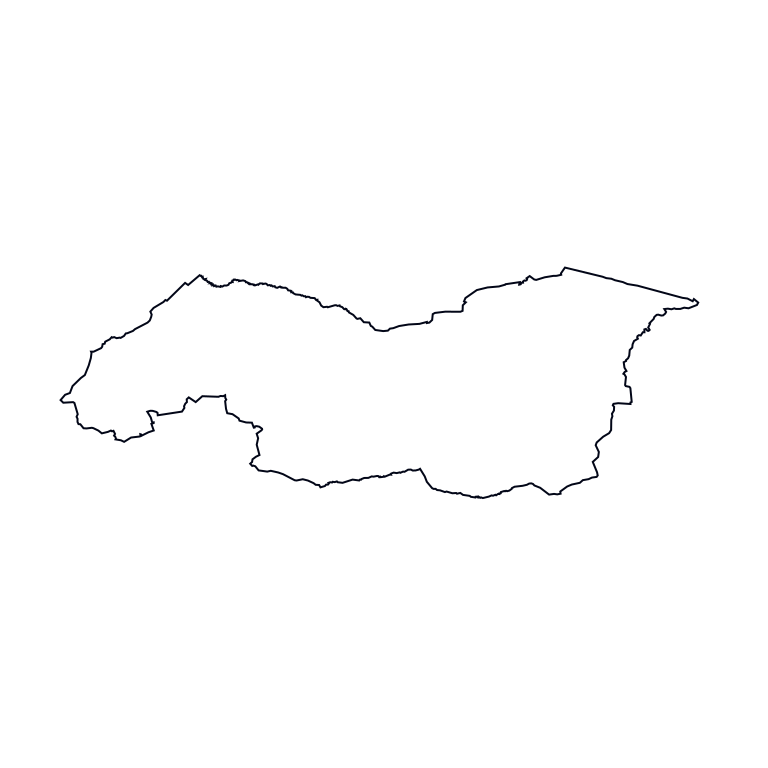 outline of Kilosa, Morogoro, United Republic of Tanzania, rotated 262°
{"feature_id": "72390352B53131574128845", "entity_name": "Kilosa", "entity_type": "district", "adm_level": 2, "iso_a3": "TZA", "parent_name": "United Republic of Tanzania", "parent_adm1": "Morogoro", "projection": "equal_earth", "projection_center": [37.018, -6.957], "detail": "fine", "context": "isolated", "style": "outline", "palette": "ink", "viewbox_px": 768, "rotation_deg": 262, "n_neighbors": 0, "source": "geoboundaries", "source_scale": "gbopen_adm2", "svg_char_len": 6141}
<svg xmlns="http://www.w3.org/2000/svg" viewBox="0 0 768 768"><g transform="rotate(262 384 384)"><path d="M251.5,532.1L251.5,537.1L250.6,540.2L250.8,543.6L253.0,543.6L257.0,551.1L258.3,556.0L258.9,564.2L261.1,567.5L261.3,573.4L262.4,576.9L262.4,581.6L263.7,582.9L266.9,582.7L277.8,579.9L281.9,585.9L286.8,587.3L293.9,585.1L296.5,586.5L301.3,593.7L304.0,600.1L306.8,602.5L317.1,604.1L320.3,605.7L322.8,605.6L325.7,608.0L329.4,608.7L331.1,607.6L332.4,608.5L332.4,613.2L329.9,625.3L331.4,625.5L331.8,626.8L345.6,627.4L347.0,626.7L348.3,623.1L349.4,622.6L357.3,624.6L360.0,623.5L360.8,622.5L362.4,624.0L363.1,625.9L366.7,624.4L372.2,624.4L373.1,626.9L374.0,627.0L375.5,629.3L378.0,630.8L383.5,632.1L385.5,634.9L388.7,635.7L391.8,637.6L393.5,641.7L395.1,641.2L396.2,641.8L396.9,643.3L396.3,645.0L399.2,647.5L399.0,649.1L401.8,649.4L402.1,651.0L400.1,652.3L399.8,653.0L400.2,654.2L400.6,654.6L403.2,653.5L406.5,655.8L407.2,655.3L410.9,660.1L412.7,661.0L414.5,663.6L414.5,665.2L413.2,668.1L413.1,669.9L414.6,672.3L416.1,673.4L419.2,672.0L419.1,675.6L418.0,679.1L418.5,682.0L417.7,683.5L417.1,687.8L417.8,691.9L416.6,696.1L418.7,704.9L420.9,706.5L425.0,702.7L423.0,701.2L426.4,696.4L427.8,691.5L446.1,648.7L449.1,639.0L451.7,634.7L454.6,627.2L456.6,623.8L457.9,618.9L459.8,615.4L474.1,579.4L468.9,574.6L467.5,574.7L467.1,570.0L467.5,566.7L467.3,558.0L465.9,549.2L466.6,547.3L470.6,543.3L468.9,539.9L468.1,540.4L466.9,539.7L466.6,538.4L467.0,537.4L466.1,535.8L465.0,535.8L465.1,533.8L463.8,533.3L463.6,532.4L463.6,531.7L466.0,532.6L465.9,518.2L465.5,517.9L464.6,511.4L465.2,500.0L464.1,489.0L457.8,476.6L454.6,474.7L453.5,476.4L451.0,473.0L445.5,472.0L444.9,469.7L447.1,454.8L447.3,444.3L446.4,442.0L440.7,440.6L438.5,437.5L438.4,435.0L439.5,435.1L438.6,427.5L439.5,416.7L439.3,407.0L438.0,400.9L438.0,397.6L436.3,395.3L436.5,390.6L438.7,382.9L442.4,380.4L443.4,379.0L446.9,378.0L448.0,372.6L452.4,369.7L452.2,366.7L452.7,365.9L456.7,363.2L459.8,359.2L461.0,359.1L461.3,358.0L463.5,357.2L463.9,356.4L463.4,355.9L463.7,354.9L465.9,353.4L467.1,351.2L468.0,351.0L467.8,348.9L468.7,347.5L468.8,346.1L467.8,339.0L468.4,338.4L468.5,334.7L470.4,332.7L473.9,331.5L475.9,329.4L476.7,329.7L476.8,328.3L478.7,327.3L479.6,323.1L480.7,321.9L481.1,320.1L480.8,318.8L481.9,318.3L482.0,316.9L483.2,315.4L483.0,314.5L483.9,313.6L485.0,308.9L486.6,306.7L487.3,306.6L487.7,305.4L488.4,305.3L488.1,304.8L489.4,304.5L490.1,302.1L491.7,301.5L493.0,300.0L493.4,297.1L494.1,296.2L493.8,295.6L495.0,294.6L494.1,291.6L494.9,289.8L496.1,289.4L496.1,287.3L497.3,286.4L497.0,285.5L497.9,284.7L497.9,282.6L499.5,281.6L500.0,280.4L499.8,278.0L500.4,277.8L500.9,275.1L499.8,273.4L500.2,273.1L499.6,269.9L500.3,269.5L500.1,268.6L501.0,268.1L501.5,264.5L502.4,263.7L502.6,264.4L504.0,262.2L504.0,261.4L505.2,261.0L506.2,258.9L506.1,255.5L506.4,255.8L507.5,253.1L507.3,252.4L508.2,251.1L508.3,249.8L507.8,249.7L507.5,248.2L506.0,248.3L506.2,247.3L505.6,246.7L505.3,244.8L503.9,243.8L503.4,241.9L503.8,239.4L503.0,237.6L503.7,236.0L502.9,235.6L503.8,233.1L503.7,231.5L505.0,231.0L504.6,229.3L505.6,229.1L505.6,227.7L506.7,228.1L506.8,226.8L507.9,227.1L508.0,226.0L508.5,226.8L508.2,225.5L509.6,224.8L509.6,223.6L511.0,223.0L511.9,221.3L512.8,222.0L512.7,220.6L513.4,219.6L515.4,219.4L515.1,218.7L516.6,218.1L516.6,217.4L517.4,216.6L509.3,203.8L511.8,201.1L496.7,180.7L497.6,179.2L495.9,177.0L491.4,166.4L488.2,162.7L485.1,163.6L482.9,162.8L479.5,160.9L477.7,158.4L473.0,145.1L471.5,142.8L470.0,136.9L470.0,135.3L467.8,133.3L466.3,129.6L466.7,128.7L466.6,125.6L468.0,123.3L467.7,121.7L468.3,120.9L466.4,118.6L464.7,113.8L462.8,113.0L462.6,110.9L460.1,110.1L458.9,108.9L456.4,100.9L456.8,98.4L455.6,98.7L450.5,97.3L443.5,94.2L434.5,89.0L432.1,84.6L425.3,75.3L418.8,71.7L417.7,66.7L413.1,61.5L410.1,63.8L409.3,73.6L408.3,74.8L396.7,76.5L394.3,75.0L392.2,75.7L389.1,75.2L386.8,75.9L386.4,77.7L382.0,80.3L381.4,83.2L381.3,88.6L380.7,90.1L377.6,94.7L374.4,97.7L375.0,103.9L375.9,107.1L375.0,108.1L375.3,109.6L372.0,110.7L370.4,109.5L369.3,110.5L367.1,111.0L366.5,110.5L364.9,115.6L362.9,118.6L366.2,126.1L366.0,134.4L366.2,135.6L368.2,135.7L367.8,136.5L366.5,136.6L369.0,144.1L370.0,149.5L376.9,148.1L377.4,150.5L378.1,150.6L378.2,149.1L383.3,148.4L389.5,145.7L390.0,148.8L389.6,151.2L388.0,154.7L387.0,155.7L384.5,155.6L384.8,180.1L388.1,183.0L389.8,182.9L392.2,184.5L393.5,186.3L396.3,186.5L397.9,188.8L392.3,195.0L397.2,202.4L394.4,218.2L394.9,220.5L394.3,223.1L395.0,225.1L392.3,224.9L390.5,225.6L389.1,224.3L381.4,224.1L376.9,224.7L375.2,229.8L370.1,235.3L367.8,235.8L365.1,242.1L364.1,247.8L358.9,249.0L358.9,249.9L360.0,250.5L360.0,252.0L359.1,254.5L356.7,257.0L355.9,257.0L355.1,256.1L352.5,251.0L347.8,251.8L341.6,249.5L331.0,250.8L329.8,247.1L327.7,243.3L325.1,242.5L323.7,240.4L321.2,242.1L321.4,243.1L320.4,245.1L315.9,247.8L313.5,256.2L313.8,259.8L311.1,266.9L308.8,271.4L301.1,282.2L300.6,284.0L301.0,290.3L299.0,295.2L295.6,300.5L293.7,302.3L293.0,305.7L290.5,306.7L291.2,311.3L292.4,312.6L292.2,314.6L293.1,315.5L293.8,315.2L294.2,317.0L293.7,318.9L294.3,319.5L293.7,321.6L294.1,323.8L293.2,324.4L291.9,329.2L293.7,339.6L291.9,346.0L292.6,346.7L292.5,348.1L293.0,348.4L293.7,351.3L293.2,355.5L294.2,358.9L293.7,360.8L293.9,364.3L293.6,365.5L292.4,366.3L292.9,367.2L292.2,367.7L292.2,370.7L292.7,371.1L292.1,371.8L293.5,377.3L293.3,378.1L293.8,377.9L294.3,378.6L294.9,381.2L294.0,384.2L294.3,387.3L293.8,387.8L294.6,390.7L294.2,392.1L295.8,396.0L295.5,398.7L294.3,400.4L294.0,403.3L294.4,406.6L295.0,407.9L286.8,411.5L281.2,412.8L274.1,417.2L273.2,418.6L273.0,420.5L271.6,421.8L270.9,424.7L268.5,429.3L268.8,431.0L266.3,436.5L266.0,440.3L265.2,441.0L265.5,444.4L263.2,446.8L261.3,453.3L260.2,454.3L258.9,458.7L259.6,459.0L259.5,461.3L258.7,461.0L258.4,461.5L258.7,462.7L257.9,463.4L258.2,464.3L257.3,466.0L257.9,472.2L258.7,475.0L258.2,476.4L258.8,478.9L258.2,479.5L259.2,481.5L259.0,482.8L259.5,482.8L259.6,484.4L260.7,484.7L261.3,488.2L260.9,488.9L261.3,490.0L260.7,491.0L261.0,493.3L262.4,495.9L263.1,496.2L264.1,499.0L263.9,507.0L264.3,511.5L265.2,513.9L265.1,516.0L264.3,517.6L262.6,518.8L259.5,524.2L251.5,532.1Z" fill="none" stroke="#020617" stroke-width="2"/></g></svg>